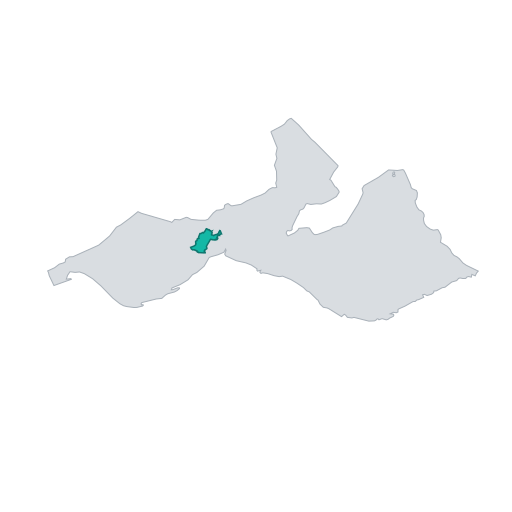 location of Chibabava, Sofala, Mozambique, rotated 66°
{"feature_id": "85939544B25886081823580", "entity_name": "Chibabava", "entity_type": "district", "adm_level": 2, "iso_a3": "MOZ", "parent_name": "Mozambique", "parent_adm1": "Sofala", "projection": "robinson", "projection_center": [33.963, -20.299], "detail": "fine", "context": "in_parent", "style": "filled", "palette": "teal", "viewbox_px": 512, "rotation_deg": 66, "n_neighbors": 0, "source": "geoboundaries", "source_scale": "gbopen_adm2", "svg_char_len": 7222}
<svg xmlns="http://www.w3.org/2000/svg" viewBox="0 0 512 512"><g transform="rotate(66 256 256)"><path d="M167.5,345.8L170.4,343.3L189.9,320.2L191.1,319.3L189.5,315.4L192.0,310.9L192.3,304.0L193.1,302.8L196.1,300.5L200.2,293.3L202.7,287.8L203.0,285.1L199.3,277.5L198.2,273.4L199.3,269.9L199.7,266.6L199.2,265.5L196.9,264.1L196.6,262.7L196.6,260.9L197.0,260.0L199.8,258.4L200.4,257.6L202.7,248.7L201.9,242.1L201.9,234.4L202.4,226.6L202.2,222.1L200.4,217.0L200.2,213.3L201.5,210.7L201.7,209.1L197.4,208.3L195.1,206.2L186.9,202.8L180.6,202.3L175.3,197.2L171.1,196.4L165.8,192.6L149.0,191.9L148.4,191.5L147.7,180.2L147.1,176.4L145.0,172.4L144.4,169.6L144.6,167.8L153.8,163.7L172.0,157.9L176.0,155.9L206.9,144.3L207.8,145.0L210.9,150.9L216.1,157.6L217.3,156.7L224.8,155.7L225.9,154.8L228.1,154.2L230.7,153.8L231.6,154.2L234.4,158.4L235.3,166.1L235.4,171.4L235.1,175.2L232.9,179.5L231.2,185.0L228.9,187.9L228.9,189.3L231.6,192.6L232.2,194.0L232.0,196.8L232.5,198.0L234.8,199.7L236.6,202.4L243.3,210.3L245.0,211.7L246.4,212.1L247.0,213.6L246.6,215.4L245.6,216.5L246.0,217.9L247.3,219.1L250.4,218.9L250.7,218.4L250.6,211.4L249.5,207.4L248.2,205.5L250.8,198.0L252.2,195.9L257.3,195.1L259.6,194.3L260.5,193.4L261.3,191.0L261.9,184.4L262.2,178.1L261.6,174.4L262.4,168.8L263.5,165.4L263.0,164.7L262.6,160.1L250.0,141.5L242.8,133.2L241.6,132.4L237.7,131.7L235.6,128.6L233.9,112.0L231.3,99.9L235.4,92.0L236.8,86.8L237.6,86.1L241.2,85.8L253.6,85.9L256.7,86.4L258.1,85.9L261.4,82.8L264.0,82.9L267.6,84.8L269.6,86.6L269.9,88.0L272.3,88.9L276.8,89.1L280.1,88.4L282.2,86.6L284.3,85.7L286.5,85.6L288.2,86.2L289.4,87.5L291.6,88.4L294.8,89.0L298.4,88.2L302.3,85.9L304.5,83.5L305.7,79.5L306.4,79.0L311.8,78.6L314.7,79.4L318.5,81.9L324.9,77.4L328.9,76.0L332.8,75.9L336.0,74.9L338.5,72.8L341.1,71.4L346.5,69.8L350.1,67.6L360.2,59.1L361.3,61.5L363.3,63.8L360.6,66.3L362.9,67.9L361.2,70.2L361.0,71.9L361.8,73.5L360.7,76.2L359.2,78.3L358.8,79.9L360.1,82.7L359.4,87.7L361.4,96.1L360.7,98.8L361.2,105.4L360.4,107.8L361.7,108.6L362.3,111.2L361.7,115.8L359.5,117.7L359.2,119.6L362.0,119.6L362.0,125.3L361.6,127.0L362.3,129.0L361.5,131.1L362.4,140.3L362.4,146.9L362.6,148.0L364.9,149.1L364.9,151.0L363.3,153.4L363.4,156.9L365.1,154.1L366.1,154.1L367.0,155.2L367.1,159.2L367.6,161.3L367.3,163.0L364.5,166.3L364.3,169.6L363.2,170.0L362.7,170.8L363.4,172.6L363.4,174.3L361.4,179.4L351.9,191.5L351.6,193.6L349.2,197.5L346.6,198.1L345.1,199.1L346.2,202.5L333.5,211.1L332.3,212.3L330.2,215.4L326.0,217.1L321.5,217.3L320.7,217.9L310.5,221.9L308.5,223.8L304.1,225.5L297.2,229.8L291.6,233.8L285.2,239.9L284.3,243.2L281.3,247.5L276.8,252.5L274.1,256.7L273.9,258.6L272.3,259.1L271.0,257.4L270.4,260.8L269.3,261.0L268.1,260.3L262.4,263.9L258.2,268.0L252.2,276.0L243.5,283.6L241.5,283.8L238.8,281.1L237.3,280.9L239.5,283.8L239.4,290.3L238.3,297.8L238.4,299.5L244.2,307.5L247.0,316.8L247.2,321.6L250.1,327.8L251.3,337.1L251.0,345.7L252.4,347.1L252.9,345.8L253.2,340.4L254.0,338.9L254.7,339.2L255.5,342.1L255.7,345.2L254.6,352.0L254.9,354.7L256.4,359.3L254.7,364.6L252.1,379.3L252.7,380.3L254.0,380.6L254.5,379.0L255.2,379.0L255.6,380.0L254.5,385.8L253.5,388.3L249.7,394.5L247.6,397.2L244.2,399.8L236.3,403.9L220.3,409.8L210.3,414.5L202.3,420.0L198.8,423.7L197.4,427.9L194.7,432.3L197.0,436.0L200.0,438.7L201.4,434.3L202.2,434.2L200.8,452.6L189.9,452.9L186.7,452.3L184.9,452.4L184.8,444.7L183.4,439.0L184.0,434.9L183.8,432.7L181.5,431.2L180.9,426.8L182.2,423.4L182.1,395.3L178.2,381.6L172.9,371.8L172.6,366.9L170.2,356.0L167.5,345.8ZM238.2,98.8L239.5,98.1L239.7,96.7L238.8,96.0L238.1,96.2L237.7,98.4L238.2,98.8ZM237.3,96.3L236.2,95.3L235.4,95.5L235.2,96.4L236.0,97.5L236.8,97.6L237.3,96.3Z" fill="#d9dde1" stroke="#a8b0b8" stroke-width="1"/><path d="M221.7,278.5L218.5,278.4L218.5,278.5L218.4,278.6L218.3,278.8L218.5,278.9L218.3,279.0L218.5,279.1L218.6,279.4L218.8,279.6L218.9,279.8L218.9,280.0L219.2,280.4L219.4,280.4L219.5,280.5L219.8,280.6L219.9,280.9L219.9,281.0L220.0,281.2L220.2,281.5L220.2,281.9L220.2,282.0L220.4,282.3L220.6,282.6L220.5,282.9L220.2,283.2L220.2,283.4L220.2,283.6L220.0,284.5L220.0,284.8L220.0,285.3L220.1,285.7L220.2,286.1L220.2,286.4L220.1,286.5L219.8,286.7L219.6,286.7L219.4,286.8L219.3,287.1L219.1,287.3L218.9,287.6L218.8,287.9L218.7,288.0L218.3,287.9L218.0,287.7L217.8,287.6L217.7,287.4L217.3,287.0L217.2,286.9L217.0,286.6L216.8,286.6L216.6,286.6L216.4,286.6L216.2,286.8L215.9,286.9L215.7,286.8L215.6,286.6L215.4,286.3L215.4,286.5L215.3,286.9L215.2,286.9L215.1,287.0L214.9,287.1L214.6,287.2L214.4,287.2L214.3,287.3L214.1,287.6L214.0,287.9L213.8,287.9L213.7,287.9L213.6,288.1L213.3,288.2L213.2,288.0L212.9,288.1L212.7,288.3L212.7,288.5L212.6,288.8L212.6,289.0L212.4,289.1L212.3,289.3L212.2,289.4L211.9,289.3L211.7,289.4L211.6,289.6L211.5,289.8L211.4,289.8L211.2,289.9L211.0,290.0L210.9,290.3L211.0,290.5L211.3,290.9L212.4,292.2L212.5,292.7L212.8,292.9L213.1,293.8L213.2,294.1L213.3,294.3L213.5,294.5L213.2,294.7L213.0,294.9L212.9,295.1L212.7,295.2L212.8,295.2L212.7,295.4L212.7,295.5L213.2,296.5L212.7,298.1L215.5,300.9L216.7,301.0L216.6,301.3L216.5,301.9L216.4,302.2L216.4,302.4L216.5,302.6L216.6,302.8L216.8,303.0L217.0,303.1L217.5,303.4L217.6,303.5L217.9,303.6L218.0,305.1L218.3,305.3L218.6,305.4L218.7,305.5L218.8,305.5L219.1,305.6L219.4,305.7L219.6,305.7L219.7,305.8L219.8,305.9L220.0,305.9L220.3,305.8L220.5,305.9L220.7,306.3L220.9,306.4L221.1,306.5L221.3,306.9L221.4,307.1L221.5,307.2L221.7,308.9L221.5,312.2L223.3,312.2L223.5,312.1L223.7,311.9L223.8,311.8L224.1,311.7L224.6,311.4L224.8,311.2L224.8,310.9L224.9,310.6L225.0,310.2L225.2,309.8L225.3,309.8L225.6,309.6L225.9,309.4L225.9,309.2L226.0,309.1L226.2,308.8L226.3,308.8L226.4,308.7L226.6,308.6L226.8,308.6L226.9,308.4L227.0,308.1L227.3,307.8L227.7,307.8L227.8,307.8L227.8,308.1L228.0,308.1L228.4,308.0L228.8,307.7L228.8,307.4L229.0,307.1L229.4,307.1L229.5,307.1L230.0,306.1L231.9,302.4L232.4,301.1L232.2,301.0L231.8,301.0L231.7,301.0L231.3,301.1L231.2,301.2L230.9,301.3L230.7,301.4L230.2,301.0L230.0,300.9L229.9,300.7L230.0,300.6L229.8,300.5L229.8,300.3L229.7,300.3L229.6,300.2L229.6,299.9L229.5,299.7L229.6,299.4L229.6,299.2L229.5,298.9L229.4,298.6L229.4,298.4L229.4,298.2L229.3,297.9L229.2,297.8L228.9,297.7L228.6,297.7L228.4,297.7L228.1,297.5L227.9,297.5L227.5,297.5L227.3,297.5L227.1,297.3L226.8,297.1L226.7,297.0L226.6,296.9L222.4,291.0L222.3,290.6L222.6,290.2L222.8,290.0L222.9,289.8L223.1,289.6L223.2,289.3L223.4,289.2L223.6,288.9L223.8,288.7L223.9,288.3L224.0,288.2L224.2,287.8L224.2,287.7L224.2,287.4L224.3,287.3L224.3,287.2L224.2,287.2L224.3,287.2L224.4,286.9L224.5,286.8L224.7,286.7L224.6,286.4L224.8,286.5L224.8,286.3L224.8,286.0L225.0,285.8L225.0,285.7L224.9,285.6L224.9,285.4L225.0,285.3L225.1,285.2L225.1,284.9L224.9,284.8L224.8,284.7L224.7,284.5L224.7,284.4L224.7,284.2L224.4,283.8L224.1,283.9L223.9,283.8L223.7,283.8L223.4,284.1L223.2,284.2L223.0,283.9L223.0,283.6L222.9,283.3L222.6,283.2L222.5,283.3L222.3,283.3L222.0,283.1L221.9,282.6L221.8,282.4L221.8,282.2L221.9,281.9L221.8,281.7L221.9,281.4L222.0,281.3L221.9,281.3L221.8,281.1L221.8,280.9L221.8,280.7L222.0,280.5L222.0,280.4L221.9,280.4L221.8,280.2L221.8,279.9L221.7,279.9L221.7,279.7L221.7,279.4L221.6,279.2L221.6,278.9L221.6,278.7L221.7,278.5Z" fill="#14b8a6" stroke="#0f766e" stroke-width="1.5"/></g></svg>